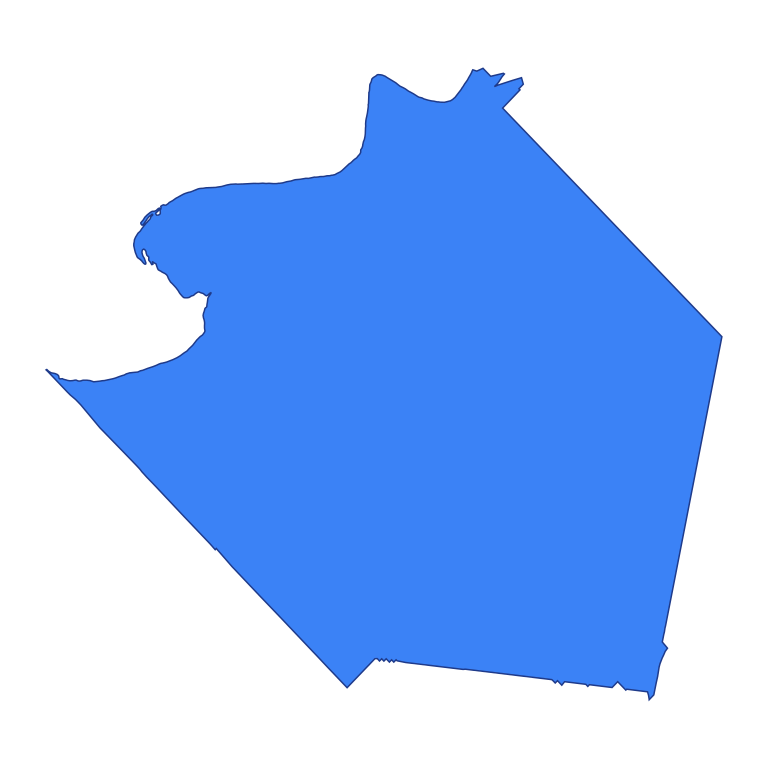 outline of Belmont, Western Australia, Australia
{"feature_id": "25037944B8488281546819", "entity_name": "Belmont", "entity_type": "district", "adm_level": 2, "iso_a3": "AUS", "parent_name": "Australia", "parent_adm1": "Western Australia", "projection": "natural_earth1", "projection_center": [115.924, -31.954], "detail": "fine", "context": "isolated", "style": "filled", "palette": "blue", "viewbox_px": 768, "rotation_deg": 0, "n_neighbors": 0, "source": "geoboundaries", "source_scale": "gbopen_adm2", "svg_char_len": 6029}
<svg xmlns="http://www.w3.org/2000/svg" viewBox="0 0 768 768"><path d="M472.8,69.8L472.3,70.7L471.4,72.9L470.2,75.1L468.6,77.8L468.0,79.0L467.2,80.4L464.6,84.0L463.0,86.7L462.4,87.4L461.0,89.7L456.5,95.5L455.2,97.2L454.5,97.9L453.5,98.6L452.9,99.3L450.5,100.8L444.5,102.3L440.5,102.2L438.4,101.9L437.2,101.9L434.0,101.2L431.5,100.9L427.9,100.1L423.9,98.9L422.0,97.9L419.0,97.2L418.0,96.7L413.5,93.8L410.4,92.1L408.6,91.2L405.4,88.9L403.6,87.9L399.9,86.1L398.1,84.7L395.8,82.8L386.7,77.3L385.3,76.3L382.3,75.1L380.7,74.8L378.0,74.6L377.1,74.9L375.7,76.1L374.0,77.1L373.1,77.7L371.8,79.1L371.5,80.6L371.0,82.2L370.0,84.2L369.8,85.0L369.5,90.2L369.2,91.8L368.8,92.9L368.9,93.3L368.5,103.7L368.3,104.2L368.2,104.6L368.3,106.3L368.1,108.0L367.4,113.1L366.6,117.0L366.3,118.2L365.9,120.4L365.6,123.7L365.7,126.3L365.5,127.9L365.3,133.9L365.0,136.4L364.4,139.3L364.0,140.4L363.5,141.5L362.7,145.1L362.7,145.9L361.9,148.1L361.4,148.9L360.9,149.5L360.8,149.8L360.7,150.6L360.7,151.8L360.6,152.6L359.6,154.4L358.5,155.5L356.6,157.9L354.7,159.2L352.9,160.7L352.6,161.2L351.4,162.2L350.9,162.8L349.2,163.8L341.9,170.6L340.2,171.9L336.7,173.6L335.0,174.6L332.5,175.2L331.2,175.3L329.9,175.7L327.0,175.8L323.8,176.5L319.9,176.6L318.7,176.9L315.8,177.2L314.4,177.1L308.5,178.4L305.9,178.3L300.0,179.3L295.4,179.7L294.1,180.0L291.0,181.0L286.8,181.7L282.6,182.9L279.5,183.3L278.4,183.3L277.3,183.5L276.2,183.6L273.2,183.6L269.0,183.3L266.1,183.5L262.9,183.2L261.2,183.3L258.5,183.5L253.8,183.4L242.8,184.0L241.9,184.0L237.6,184.2L235.9,184.0L230.6,184.3L226.9,185.0L221.6,186.5L217.3,187.1L215.9,187.4L206.0,187.8L203.0,188.3L200.8,188.4L199.3,188.6L198.1,188.9L190.4,192.0L188.3,192.4L185.3,193.4L184.2,193.8L182.6,194.6L175.7,198.4L172.7,200.6L169.2,202.5L168.3,203.5L166.8,204.6L166.2,205.0L165.4,205.2L164.7,205.2L163.8,204.8L162.4,205.2L160.8,206.3L160.8,206.7L161.0,207.3L160.9,208.5L160.7,209.2L160.1,210.5L160.3,211.9L160.3,213.5L160.2,213.8L159.0,214.8L158.3,215.1L156.7,215.2L156.2,214.6L155.8,213.9L155.7,213.5L155.8,213.2L156.0,212.8L156.7,212.3L157.4,211.5L158.2,210.9L159.1,209.7L159.6,208.7L159.6,208.4L159.4,208.1L158.3,208.5L156.6,210.1L156.0,210.6L154.8,211.1L153.9,211.3L152.7,211.3L152.0,211.4L150.3,212.4L147.2,214.9L144.8,217.3L143.3,219.8L141.0,222.5L140.8,222.8L140.8,223.2L141.0,224.0L141.3,224.4L142.1,225.2L143.0,224.8L144.4,223.0L145.0,222.0L145.5,221.5L146.2,220.5L147.2,218.9L149.3,216.3L149.6,216.0L150.3,215.8L150.7,215.5L151.9,214.3L152.3,214.2L152.7,214.7L152.5,215.4L151.7,215.9L150.9,216.8L150.3,218.6L149.6,219.5L148.1,221.0L147.5,221.9L146.1,223.2L145.6,223.9L145.1,224.6L144.2,225.5L141.4,229.3L140.8,230.3L140.2,231.2L138.0,233.2L135.6,237.1L134.4,239.9L134.3,241.4L133.8,243.9L133.8,245.8L134.7,249.9L135.4,252.6L136.5,255.3L137.0,256.6L137.6,257.6L140.1,259.4L142.0,261.2L142.2,261.6L143.7,263.3L144.6,264.0L144.8,264.1L145.6,264.1L145.8,263.7L145.9,262.9L144.3,258.3L143.1,256.4L142.6,255.1L142.0,252.8L142.0,252.0L142.1,250.9L142.5,249.9L142.7,249.7L143.7,249.1L144.4,249.4L144.9,249.8L145.7,251.0L145.9,251.3L146.2,253.2L146.9,255.3L147.7,256.1L148.0,256.2L148.6,256.8L148.7,257.2L148.8,257.5L148.7,259.9L148.8,260.2L149.5,261.2L150.0,261.7L150.6,262.6L151.7,264.6L152.1,264.6L153.0,264.1L152.6,262.7L152.6,261.9L153.0,262.0L154.2,262.9L156.0,263.9L156.3,264.6L156.6,265.8L157.7,268.8L158.3,269.8L159.6,270.6L160.7,271.1L162.1,272.1L165.1,273.6L166.6,274.8L167.5,276.1L168.4,278.4L169.4,280.2L170.6,282.1L172.3,283.7L175.8,287.5L178.1,290.5L179.5,292.9L180.4,294.1L182.5,296.5L183.6,297.5L184.3,297.7L185.1,297.8L187.1,297.8L189.0,297.5L190.7,296.5L191.5,295.9L192.6,295.7L193.6,295.3L195.4,293.7L197.5,292.3L198.4,292.0L199.2,292.0L200.3,292.6L203.1,293.5L203.4,293.6L204.5,294.6L206.3,295.8L207.5,295.4L209.6,293.4L210.8,292.7L211.0,292.9L210.8,293.6L208.7,296.7L208.0,298.0L207.8,298.7L207.4,302.2L207.0,304.3L206.8,306.4L206.6,307.0L206.4,307.2L205.6,307.8L205.0,308.4L204.9,308.8L204.2,311.4L203.5,313.3L203.2,315.0L203.1,315.8L203.4,317.0L203.4,317.7L204.1,319.7L204.5,321.8L204.6,322.7L204.6,324.1L204.5,325.4L204.5,327.8L204.6,328.9L204.9,330.4L204.9,330.8L204.9,331.2L204.5,332.2L202.5,335.0L200.2,336.6L196.8,340.0L194.4,343.1L192.6,345.4L189.3,348.5L186.9,351.1L184.2,352.8L180.0,355.9L177.0,357.7L173.0,359.6L166.8,362.0L164.6,362.6L162.1,363.2L161.1,363.3L160.0,363.7L158.9,364.1L156.4,365.3L153.1,366.6L147.9,368.3L142.7,370.3L140.4,370.8L138.1,371.9L137.3,372.1L133.8,372.4L129.4,372.9L128.6,373.2L126.2,373.9L124.3,375.0L122.5,375.5L119.2,376.6L115.5,378.0L112.7,378.8L104.2,380.6L102.4,380.7L99.4,381.2L93.7,381.8L90.1,380.6L86.8,380.2L83.2,380.2L81.9,380.5L81.2,380.8L80.0,381.0L78.9,381.1L77.4,380.7L76.5,380.2L75.2,380.1L72.7,380.6L70.1,380.8L68.7,380.6L67.5,380.4L65.7,379.8L65.3,379.8L64.5,379.5L63.6,379.4L62.7,378.8L62.4,378.7L60.2,378.9L59.8,378.9L59.0,378.1L58.8,376.5L58.6,375.8L58.0,375.1L57.1,374.4L54.9,373.5L51.7,372.9L50.8,372.6L48.6,371.2L46.8,369.5L46.1,369.9L47.8,371.5L67.3,392.0L70.4,395.1L75.7,399.6L80.8,404.9L100.0,427.9L121.7,450.2L136.2,465.2L139.1,468.3L140.4,469.8L141.9,471.8L146.8,477.2L155.2,485.9L184.1,516.6L210.1,543.9L215.2,549.7L216.3,548.5L232.1,566.7L259.4,595.5L280.5,617.5L313.6,652.4L316.4,655.3L329.0,668.7L347.1,687.7L374.9,658.7L377.3,658.6L379.5,661.0L381.7,658.8L383.9,661.1L386.2,658.8L389.4,662.1L391.6,659.8L393.8,662.1L396.1,659.8L397.1,660.8L405.6,662.5L463.1,669.4L465.3,669.2L551.7,679.6L552.6,680.3L555.2,683.0L557.5,680.7L561.8,685.2L564.6,681.7L585.8,684.3L587.8,686.4L589.4,684.7L612.1,687.5L617.7,681.7L625.8,690.1L626.7,689.2L647.5,691.8L648.5,695.2L649.1,698.8L649.2,699.7L653.8,694.9L656.2,682.9L657.6,676.6L659.1,667.1L660.0,663.7L662.2,658.0L663.7,654.9L665.2,651.4L667.5,648.2L662.3,642.0L663.8,634.3L664.4,632.0L665.0,627.9L665.5,626.0L675.8,573.4L721.9,336.7L502.6,108.1L520.0,89.9L518.9,88.8L523.3,84.2L521.5,77.7L512.5,80.4L501.7,83.9L497.7,85.2L494.4,86.6L497.5,83.6L498.9,81.7L502.1,76.7L504.4,74.0L503.4,73.3L490.7,76.3L483.0,68.3L476.8,71.1L472.8,69.8Z" fill="#3b82f6" stroke="#1e3a8a" stroke-width="1.5"/></svg>